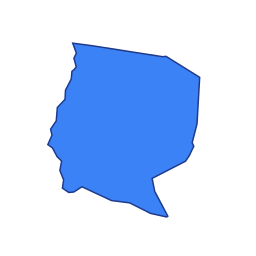 Saluda, South Carolina, United States of America, rotated 256°
{"feature_id": "52423323B78035589313404", "entity_name": "Saluda", "entity_type": "district", "adm_level": 2, "iso_a3": "USA", "parent_name": "United States of America", "parent_adm1": "South Carolina", "projection": "natural_earth1", "projection_center": [-81.736, 34.001], "detail": "fine", "context": "isolated", "style": "filled", "palette": "blue", "viewbox_px": 256, "rotation_deg": 256, "n_neighbors": 0, "source": "geoboundaries", "source_scale": "gbopen_adm2", "svg_char_len": 645}
<svg xmlns="http://www.w3.org/2000/svg" viewBox="0 0 256 256"><g transform="rotate(256 128 128)"><path d="M82.1,69.1L61.6,94.4L55.0,111.4L39.7,129.2L32.3,144.0L32.8,145.3L60.0,138.6L73.3,139.2L81.9,175.8L86.4,180.8L94.4,187.4L98.2,186.7L115.4,196.0L135.1,202.1L159.8,209.8L183.8,186.6L188.3,182.3L188.8,178.9L201.4,148.9L216.4,113.4L223.7,94.9L213.1,96.0L208.8,92.4L199.9,92.6L197.9,90.1L196.5,87.3L189.3,84.8L179.8,76.5L171.0,73.8L165.0,64.4L152.3,60.1L145.6,52.6L139.4,52.5L131.3,46.2L126.9,49.9L117.3,52.3L112.0,55.6L103.2,51.6L93.2,53.0L85.5,49.8L79.8,54.9L79.0,59.8L82.1,69.1Z" fill="#3b82f6" stroke="#1e3a8a" stroke-width="1.5"/></g></svg>